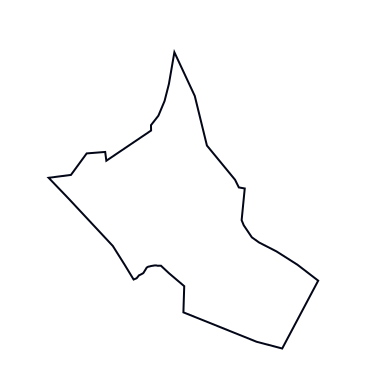 outline of Dalanjargalan, Dornogovi, Mongolia, rotated 283°
{"feature_id": "93677404B48840516654873", "entity_name": "Dalanjargalan", "entity_type": "district", "adm_level": 2, "iso_a3": "MNG", "parent_name": "Mongolia", "parent_adm1": "Dornogovi", "projection": "equal_earth", "projection_center": [108.887, 46.012], "detail": "fine", "context": "isolated", "style": "outline", "palette": "ink", "viewbox_px": 384, "rotation_deg": 283, "n_neighbors": 0, "source": "geoboundaries", "source_scale": "gbopen_adm2", "svg_char_len": 950}
<svg xmlns="http://www.w3.org/2000/svg" viewBox="0 0 384 384"><g transform="rotate(283 192 192)"><path d="M324.2,143.4L292.0,145.2L274.5,144.8L258.8,142.1L247.9,137.0L242.7,138.3L203.2,101.5L211.5,98.4L205.9,80.7L181.4,70.2L173.6,49.1L158.1,72.8L121.6,127.0L105.9,142.8L93.6,154.8L94.4,155.9L94.8,156.5L95.1,156.9L95.4,157.3L95.6,157.5L96.3,157.8L97.0,158.2L98.5,158.9L98.9,159.1L99.4,159.8L100.3,160.9L101.2,161.9L101.7,162.5L102.3,162.9L107.0,164.5L108.0,164.8L108.5,165.2L109.2,165.9L109.4,166.3L109.6,166.6L109.9,167.4L110.6,168.6L110.8,169.1L111.7,171.3L111.9,171.7L112.1,172.5L112.4,173.5L112.4,174.3L112.4,175.0L112.5,175.7L112.8,176.3L112.9,177.2L113.0,177.7L113.2,178.3L107.7,187.8L98.5,205.6L72.8,210.7L60.6,288.6L59.8,315.1L134.0,334.9L144.8,311.2L153.1,287.7L157.9,268.7L161.3,260.5L171.2,249.9L175.7,246.7L207.3,242.6L207.0,236.6L213.6,231.2L240.6,196.1L286.2,173.1L324.2,143.4Z" fill="none" stroke="#020617" stroke-width="2"/></g></svg>